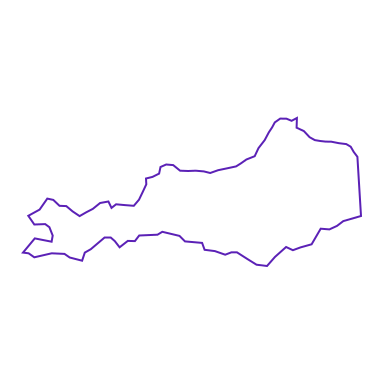 outline of Nova Araçá, Rio Grande do Sul, Brazil
{"feature_id": "56859067B37354082444781", "entity_name": "Nova Araçá", "entity_type": "district", "adm_level": 2, "iso_a3": "BRA", "parent_name": "Brazil", "parent_adm1": "Rio Grande do Sul", "projection": "albers", "projection_center": [-51.769, -28.646], "detail": "fine", "context": "isolated", "style": "outline", "palette": "violet", "viewbox_px": 384, "rotation_deg": 0, "n_neighbors": 0, "source": "geoboundaries", "source_scale": "gbopen_adm2", "svg_char_len": 1337}
<svg xmlns="http://www.w3.org/2000/svg" viewBox="0 0 384 384"><path d="M49.4,227.2L52.7,235.6L51.6,241.7L34.8,238.4L23.0,252.6L28.6,253.3L34.3,257.3L51.7,253.3L64.5,253.9L69.7,257.5L82.1,260.7L84.8,252.6L90.8,249.2L104.6,237.5L110.7,237.5L114.8,241.1L119.6,247.3L127.8,240.9L134.9,241.1L139.2,235.5L157.5,234.7L162.3,231.8L179.5,235.9L185.0,241.4L202.1,242.9L204.6,249.8L214.9,251.1L225.2,254.7L231.5,252.3L236.9,252.3L247.2,258.9L256.5,264.7L267.0,266.0L275.0,256.9L286.1,247.0L292.9,250.2L300.5,247.4L311.6,244.3L320.7,228.7L329.4,229.4L337.0,225.9L343.3,221.1L361.0,216.0L357.4,156.8L353.7,151.9L350.7,146.7L346.3,144.1L339.0,143.2L331.3,141.7L325.6,141.6L320.2,141.0L314.8,140.1L309.6,137.2L303.9,131.1L296.6,127.7L296.9,118.0L291.6,120.8L286.5,118.7L280.2,118.6L274.8,122.4L272.1,127.4L268.8,132.4L264.7,140.1L258.5,148.1L254.7,156.2L246.4,159.5L241.0,163.3L236.1,166.4L227.7,168.2L218.1,170.2L210.2,173.0L203.8,171.4L195.6,170.7L188.2,171.0L180.1,170.7L173.2,165.1L166.2,164.5L160.5,167.0L159.1,173.6L152.5,176.9L146.0,178.5L146.3,184.3L142.8,191.8L139.0,199.7L133.8,205.8L124.9,205.1L116.1,204.3L111.5,207.9L108.4,201.5L100.1,203.0L92.8,208.9L86.4,212.2L79.6,216.1L72.6,211.4L66.3,206.1L59.5,205.8L53.3,199.9L47.3,198.6L39.6,209.6L28.3,215.8L34.3,224.5L45.2,224.1L49.4,227.2Z" fill="none" stroke="#5b21b6" stroke-width="2"/></svg>